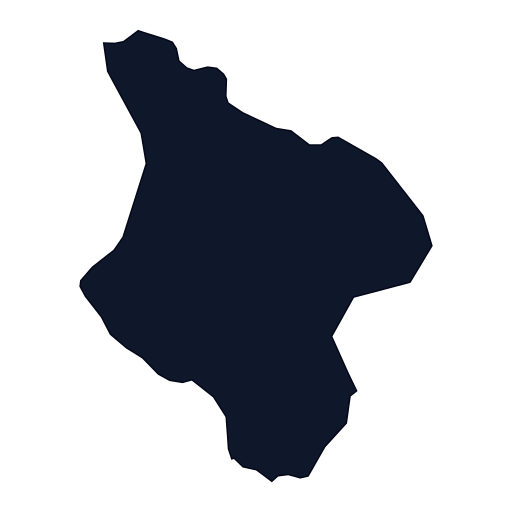 Bandundu, Bandundu, Democratic Republic of the Congo
{"feature_id": "63176286B76945459106625", "entity_name": "Bandundu", "entity_type": "district", "adm_level": 2, "iso_a3": "COD", "parent_name": "Democratic Republic of the Congo", "parent_adm1": "Bandundu", "projection": "natural_earth1", "projection_center": [17.431, -3.316], "detail": "fine", "context": "isolated", "style": "filled", "palette": "ink", "viewbox_px": 512, "rotation_deg": 0, "n_neighbors": 0, "source": "geoboundaries", "source_scale": "gbopen_adm2", "svg_char_len": 1304}
<svg xmlns="http://www.w3.org/2000/svg" viewBox="0 0 512 512"><path d="M422.9,215.8L381.7,163.0L375.9,158.8L338.1,137.3L332.0,137.8L327.4,140.8L321.2,145.0L316.5,145.0L309.4,145.0L291.0,130.9L278.1,128.8L276.2,128.5L272.9,127.0L242.7,112.8L230.4,104.6L228.0,102.9L225.8,96.2L226.4,79.1L223.5,74.1L216.7,68.3L207.7,67.1L203.1,68.2L194.0,70.5L186.8,68.0L184.0,65.5L178.9,61.0L176.3,48.5L172.3,42.2L172.0,42.1L165.2,39.3L144.5,32.8L138.2,30.7L134.6,33.4L123.5,41.7L120.8,42.2L114.9,43.4L103.7,43.0L107.7,71.3L112.1,79.5L126.6,106.2L141.2,133.1L146.3,163.6L123.0,237.3L121.6,239.2L119.6,242.2L114.0,250.3L107.7,255.2L92.5,267.1L80.8,280.6L80.1,286.4L81.8,289.6L85.5,296.4L101.4,316.8L105.2,324.1L110.5,334.3L126.7,348.0L132.9,351.8L142.6,357.9L158.4,374.1L161.3,375.7L165.7,378.1L169.6,380.3L175.0,381.2L182.6,382.4L190.1,380.3L191.9,379.8L193.7,381.2L213.5,396.8L219.3,405.9L226.2,416.8L227.7,437.0L228.5,448.9L231.8,458.9L234.0,458.1L237.0,461.0L243.0,466.8L249.8,468.3L256.3,469.7L263.1,474.7L271.8,481.3L277.9,475.8L288.3,474.5L292.3,475.6L300.2,477.8L303.8,477.0L308.1,476.0L324.8,446.7L346.3,423.1L348.0,411.2L348.1,410.1L350.1,396.0L355.3,391.9L356.6,390.9L347.8,372.6L331.6,336.4L353.5,297.1L410.0,282.2L431.9,245.8L427.3,230.4L422.9,215.8Z" fill="#0f172a" stroke="#020617" stroke-width="1.5"/></svg>